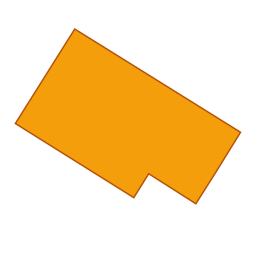 Rusk, Wisconsin, United States of America, rotated 32°
{"feature_id": "52423323B92810737179268", "entity_name": "Rusk", "entity_type": "district", "adm_level": 2, "iso_a3": "USA", "parent_name": "United States of America", "parent_adm1": "Wisconsin", "projection": "mercator", "projection_center": [-91.064, 45.465], "detail": "fine", "context": "isolated", "style": "filled", "palette": "amber", "viewbox_px": 256, "rotation_deg": 32, "n_neighbors": 0, "source": "geoboundaries", "source_scale": "gbopen_adm2", "svg_char_len": 260}
<svg xmlns="http://www.w3.org/2000/svg" viewBox="0 0 256 256"><g transform="rotate(32 128 128)"><path d="M30.4,72.3L30.1,183.9L169.8,184.0L169.8,155.8L225.7,156.3L225.9,118.9L225.7,72.0L30.4,72.3Z" fill="#f59e0b" stroke="#b45309" stroke-width="1.5"/></g></svg>